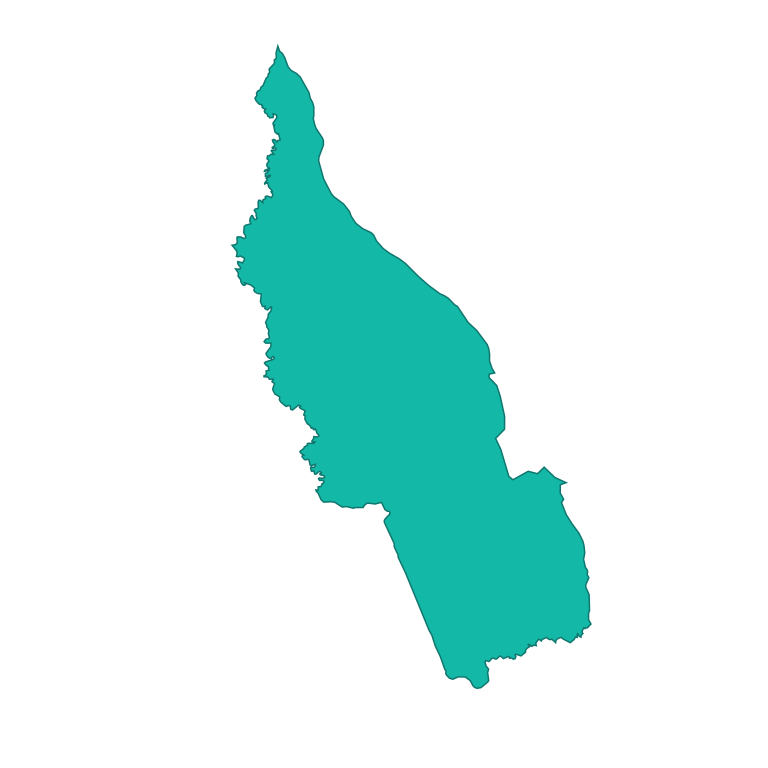 Libenge, Équateur, Democratic Republic of the Congo (Robinson projection), rotated 137°
{"feature_id": "63176286B16720510237815", "entity_name": "Libenge", "entity_type": "district", "adm_level": 2, "iso_a3": "COD", "parent_name": "Democratic Republic of the Congo", "parent_adm1": "Équateur", "projection": "robinson", "projection_center": [18.997, 3.764], "detail": "fine", "context": "isolated", "style": "filled", "palette": "teal", "viewbox_px": 768, "rotation_deg": 137, "n_neighbors": 0, "source": "geoboundaries", "source_scale": "gbopen_adm2", "svg_char_len": 6111}
<svg xmlns="http://www.w3.org/2000/svg" viewBox="0 0 768 768"><g transform="rotate(137 384 384)"><path d="M396.3,67.3L395.2,72.0L390.8,76.8L388.3,78.0L377.7,90.0L375.2,97.3L373.5,99.5L366.3,102.6L365.4,106.1L363.2,107.7L362.1,109.6L361.8,112.4L357.6,119.7L352.4,123.5L347.9,129.5L345.7,133.6L343.2,141.8L341.8,153.8L339.8,164.2L335.1,176.2L331.2,177.2L329.5,184.1L323.7,190.1L318.1,187.6L322.8,199.2L323.6,213.9L332.9,213.7L338.1,221.8L355.0,226.0L355.7,231.3L343.2,256.5L339.5,268.1L326.7,268.7L318.0,277.9L307.4,295.7L302.6,306.0L302.8,317.0L300.3,319.5L295.5,316.6L294.4,321.7L291.1,328.9L286.6,333.6L283.3,338.4L281.6,342.5L279.7,359.8L280.5,371.8L277.4,390.5L278.3,393.9L278.5,403.1L279.7,407.5L281.6,411.9L284.1,425.5L285.5,439.4L286.1,457.0L287.4,464.9L290.8,476.0L292.2,483.6L291.9,493.7L290.0,500.0L290.2,503.4L293.6,512.0L295.0,520.8L293.6,529.0L291.6,533.7L290.8,543.2L293.0,555.5L292.7,559.3L288.3,575.1L279.6,591.8L276.9,594.3L265.4,600.0L262.4,603.2L261.3,605.7L259.3,617.4L257.9,620.8L254.6,626.5L252.3,628.1L246.2,634.7L244.3,638.5L242.9,643.6L240.1,648.3L235.9,665.6L236.2,670.7L238.1,676.7L237.8,681.4L233.9,690.7L232.9,695.2L233.4,698.5L231.2,703.5L237.1,699.8L239.9,696.4L241.3,695.6L243.3,695.8L244.7,693.9L246.1,693.2L253.2,692.7L255.2,689.8L257.2,689.7L259.5,687.8L261.3,688.2L268.8,684.8L271.4,685.0L274.3,683.5L276.0,684.3L278.8,683.8L280.2,681.7L283.4,681.0L284.3,678.7L284.5,674.7L284.2,673.2L282.9,671.8L283.5,670.9L283.3,669.8L284.4,669.5L284.3,667.9L283.1,665.7L285.2,665.4L286.1,663.8L285.3,661.0L286.3,659.2L285.7,658.0L286.1,656.7L283.4,654.5L281.5,655.8L281.1,657.2L279.7,655.6L279.3,653.7L280.8,651.9L287.2,650.5L288.2,649.1L287.4,648.6L287.6,647.8L288.9,647.6L291.9,642.6L291.6,639.5L290.3,639.3L293.5,633.3L295.6,634.5L297.3,634.0L297.1,636.5L297.9,638.1L299.2,638.5L300.0,637.2L300.6,633.6L301.9,632.8L304.4,633.3L304.8,632.6L304.4,631.6L302.8,631.3L302.2,630.3L302.7,629.3L305.1,629.7L306.4,631.4L307.4,631.5L308.0,627.1L310.0,629.2L312.5,629.2L313.5,630.3L316.0,628.5L315.6,627.4L316.3,625.5L319.6,624.8L320.6,623.8L321.2,622.4L320.7,619.9L325.6,621.6L326.4,621.1L322.4,618.7L325.0,618.1L327.1,618.9L329.0,616.9L327.8,615.4L325.8,615.2L324.9,614.3L325.2,613.7L326.5,613.6L329.8,615.0L329.8,613.2L334.3,612.3L334.8,611.7L331.8,610.7L334.0,606.5L334.0,601.5L334.5,600.8L335.6,601.5L335.8,599.0L336.8,597.8L339.2,597.1L340.9,600.6L342.0,601.7L343.3,601.9L344.0,600.3L347.1,601.2L348.9,599.2L349.3,602.9L350.3,603.7L351.7,603.2L355.6,598.7L356.5,598.4L358.9,599.8L360.4,599.5L361.2,595.7L362.5,594.6L364.2,591.5L366.1,592.1L366.4,593.1L365.4,596.8L365.9,597.4L369.0,596.4L371.0,594.8L372.0,592.0L377.2,594.6L378.9,594.5L383.5,590.2L384.2,586.7L385.2,585.6L386.6,585.6L387.5,586.5L388.3,589.0L390.6,591.4L391.6,591.5L394.6,587.8L395.8,587.2L397.5,587.2L400.5,589.1L401.0,581.8L402.2,579.7L404.9,578.0L404.0,576.6L401.7,575.5L400.3,571.3L401.1,570.2L404.8,569.0L407.2,573.1L408.1,572.9L409.2,570.7L409.5,566.8L411.1,566.3L414.1,569.4L414.7,564.8L417.3,562.1L417.7,557.8L419.0,556.4L419.7,553.2L419.1,551.5L417.5,551.1L416.9,553.1L413.9,547.3L413.2,542.6L415.3,541.2L415.7,539.6L414.7,536.4L412.3,533.5L418.0,528.7L419.9,524.0L419.5,522.9L417.8,521.9L419.7,520.5L418.7,517.6L414.0,517.6L413.7,516.8L417.1,514.5L421.0,514.0L423.1,512.0L428.6,509.8L429.7,507.0L430.7,505.8L431.5,501.9L434.3,499.5L436.3,495.9L437.3,495.8L439.7,497.3L442.8,496.8L442.7,494.6L438.8,491.0L441.2,488.5L449.4,486.9L450.2,485.5L450.6,482.2L449.2,479.3L446.9,480.2L446.0,478.4L446.8,477.6L448.4,477.5L455.4,480.9L457.1,480.9L457.5,478.3L456.7,475.7L458.9,472.5L461.2,474.0L463.8,471.1L466.4,471.8L466.8,471.1L464.2,468.3L464.5,465.6L461.6,463.1L462.0,462.6L464.1,462.4L464.4,461.6L463.7,459.4L464.2,458.6L468.2,456.7L469.5,455.2L470.6,451.0L469.0,445.8L471.3,443.8L471.8,441.4L471.2,435.6L470.6,434.0L469.1,433.8L467.9,432.5L467.8,431.5L469.5,429.0L468.4,427.3L461.0,426.9L459.9,424.6L461.7,424.7L461.8,423.5L460.0,418.2L463.5,416.3L463.9,415.7L463.3,414.4L465.8,412.4L467.2,407.3L466.5,404.1L467.3,401.6L467.1,401.0L466.2,401.0L466.0,400.1L466.7,398.9L466.5,398.3L464.7,397.9L466.6,393.8L466.6,390.8L468.7,390.5L471.2,393.4L473.1,391.9L475.4,391.6L476.1,390.9L475.9,390.2L473.9,388.8L475.0,388.4L476.4,388.9L479.8,392.3L480.9,392.6L481.7,391.4L485.1,392.3L486.8,391.6L491.5,392.0L492.0,390.6L491.2,386.6L492.6,387.3L493.5,386.8L493.7,383.3L493.2,382.1L491.2,381.0L490.6,379.7L493.3,375.2L493.2,374.1L488.9,372.1L490.8,370.7L492.5,370.9L493.6,372.7L494.8,372.8L496.5,369.9L496.3,369.2L494.5,368.4L496.1,365.4L495.2,364.4L491.2,364.3L490.4,363.3L490.3,361.7L492.3,362.0L492.6,361.1L490.5,358.2L490.5,356.9L491.2,356.2L493.5,357.0L495.4,359.5L496.6,359.3L496.9,357.4L494.4,355.2L494.2,353.8L496.0,352.9L497.4,353.3L499.8,351.9L502.3,353.7L504.8,351.1L506.0,353.0L506.7,351.7L506.6,349.1L508.9,342.4L508.7,338.8L502.6,333.6L500.6,330.9L498.5,322.5L494.9,319.8L491.0,313.9L489.6,313.5L483.5,307.9L480.8,308.7L477.4,308.3L472.3,302.3L466.6,299.1L468.9,291.6L468.4,288.8L467.2,287.5L467.1,286.5L468.3,285.0L475.0,284.5L476.7,284.1L478.1,282.6L485.5,259.9L486.7,259.1L487.8,257.2L490.2,249.6L491.9,247.4L497.2,230.8L518.9,173.4L520.4,167.5L525.2,157.3L528.7,146.3L534.1,133.9L534.5,131.5L536.3,130.1L536.8,128.8L536.8,124.3L535.1,121.2L529.3,119.1L524.4,114.3L523.2,108.2L524.7,102.8L524.7,100.4L523.5,98.0L520.1,95.8L511.3,95.3L509.6,95.8L505.1,102.2L502.0,104.1L501.6,108.4L499.6,111.9L498.2,112.4L496.5,109.4L492.1,109.7L491.0,109.1L490.1,106.9L488.9,106.0L485.5,106.2L484.4,105.6L483.8,101.6L479.0,100.0L478.4,99.3L479.3,97.9L477.7,96.9L477.1,94.6L475.5,93.7L473.6,94.6L472.7,96.6L471.9,96.5L469.2,91.7L463.5,91.3L462.1,92.7L459.9,93.2L456.5,92.6L456.3,95.0L455.5,94.7L454.7,91.2L452.5,91.0L451.1,88.8L449.7,91.0L445.2,91.8L444.5,91.0L444.3,88.8L442.4,89.2L438.0,87.8L437.6,85.0L436.6,83.5L435.3,82.9L434.9,77.8L432.8,79.3L430.1,79.2L427.1,77.8L427.0,75.6L424.2,67.8L418.9,67.5L416.8,68.4L415.4,66.9L413.3,69.3L412.6,69.3L413.3,66.2L412.6,64.5L411.4,65.6L408.6,65.9L408.7,67.1L407.0,68.5L404.2,69.3L403.8,68.0L402.6,68.0L401.7,67.0L396.3,67.3Z" fill="#14b8a6" stroke="#0f766e" stroke-width="1.5"/></g></svg>